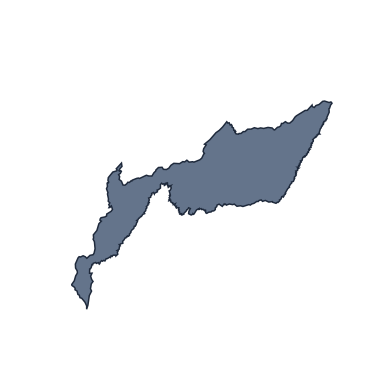 Muak Lek, Lop Buri, Thailand (Equal Earth projection), rotated 39°
{"feature_id": "78962969B19510908422026", "entity_name": "Muak Lek", "entity_type": "district", "adm_level": 2, "iso_a3": "THA", "parent_name": "Thailand", "parent_adm1": "Lop Buri", "projection": "equal_earth", "projection_center": [101.32, 14.773], "detail": "fine", "context": "isolated", "style": "filled", "palette": "slate", "viewbox_px": 384, "rotation_deg": 39, "n_neighbors": 0, "source": "geoboundaries", "source_scale": "gbopen_adm2", "svg_char_len": 6081}
<svg xmlns="http://www.w3.org/2000/svg" viewBox="0 0 384 384"><g transform="rotate(39 192 192)"><path d="M183.9,349.4L182.3,345.4L177.4,337.2L176.3,332.2L174.0,331.1L171.5,326.7L171.4,323.8L169.0,323.1L166.2,321.2L165.4,318.0L163.5,319.6L160.9,316.2L161.4,315.7L161.1,313.9L159.9,311.4L160.6,311.1L160.1,309.6L161.5,307.4L162.6,307.7L163.7,305.8L165.3,306.4L165.4,305.6L164.8,304.2L165.0,302.2L166.0,302.1L166.5,300.6L167.7,300.4L167.3,297.8L168.1,297.1L169.1,294.3L169.9,294.2L169.3,292.5L170.5,292.2L170.3,291.3L170.8,290.4L172.7,289.0L173.1,289.5L173.5,287.1L172.0,285.9L171.7,284.4L170.6,284.7L171.4,282.5L169.8,279.7L170.1,279.0L169.0,278.7L169.4,278.5L169.0,277.8L169.3,277.0L170.5,275.4L169.1,273.9L169.3,272.0L168.9,269.8L169.5,269.3L169.3,267.7L169.9,267.4L169.6,266.7L170.5,266.3L170.6,264.8L169.8,264.1L170.0,261.9L169.4,261.5L169.2,259.1L169.7,257.1L168.7,254.9L169.4,254.4L169.2,252.8L168.3,250.7L168.3,249.5L167.8,248.7L167.0,248.8L167.5,247.7L167.1,246.0L167.5,245.4L167.6,243.2L168.1,242.9L167.8,240.4L168.8,238.6L167.6,238.1L167.8,235.7L166.8,234.1L166.9,232.7L165.7,232.0L166.1,230.1L165.4,229.2L165.8,228.5L164.9,228.0L165.4,227.1L164.1,226.5L163.9,225.1L162.1,224.0L163.2,222.2L162.5,221.0L162.5,219.3L161.5,218.5L162.4,216.6L164.0,217.3L163.7,216.5L165.0,213.6L163.7,212.4L164.4,211.5L165.0,208.8L162.8,206.1L162.9,204.3L164.2,204.4L165.0,203.2L166.4,204.3L166.7,203.4L166.1,201.7L166.8,200.7L167.2,201.5L167.6,200.9L168.2,202.0L169.2,201.8L169.1,202.3L170.6,203.3L170.8,201.5L171.6,200.2L171.6,201.7L172.5,201.3L173.4,202.0L174.0,204.5L173.5,205.5L176.7,207.7L176.6,208.3L177.2,208.5L176.8,209.0L177.6,209.3L177.9,210.9L179.0,211.2L179.0,212.3L179.3,212.1L179.6,213.2L180.5,211.8L181.9,213.1L183.8,212.5L184.1,213.2L184.9,213.0L185.4,213.6L186.4,211.6L186.8,213.2L188.2,213.5L188.8,212.9L189.4,214.2L190.2,214.2L190.8,213.0L191.8,212.5L192.5,214.0L193.2,213.9L193.4,215.1L194.6,215.1L195.0,216.2L196.1,216.0L196.4,216.7L197.4,215.5L197.7,216.4L198.6,216.3L199.5,214.4L199.1,214.3L199.5,210.0L199.1,209.1L199.6,208.2L199.3,206.4L201.1,205.9L201.8,209.1L203.0,211.0L205.8,210.4L206.5,209.0L206.3,208.3L207.1,208.5L207.4,207.9L206.8,203.1L207.6,201.1L208.1,201.2L208.1,200.3L208.7,200.7L209.5,199.2L210.7,199.5L211.4,198.5L213.5,198.6L213.4,197.9L214.0,197.6L215.7,199.5L216.9,199.3L217.7,197.2L219.4,195.5L219.6,194.1L220.8,193.0L221.2,191.1L220.1,189.6L220.4,187.8L219.7,186.4L220.7,184.4L224.6,184.1L224.5,181.1L225.2,181.3L225.7,180.3L226.9,180.6L228.6,177.8L231.5,176.3L232.5,174.8L235.9,174.8L238.3,172.2L240.7,171.2L244.1,166.0L245.6,165.4L245.9,163.8L247.3,161.8L248.3,158.5L249.4,157.8L249.5,156.3L250.8,154.6L252.7,154.9L254.3,152.4L258.0,151.5L260.5,148.9L261.1,149.2L264.4,147.9L264.7,146.3L265.4,146.0L265.7,143.5L265.0,143.1L265.6,141.5L264.7,139.1L265.1,138.4L266.1,138.5L266.1,137.6L265.5,136.4L265.9,135.2L265.6,134.1L265.1,134.2L264.3,129.1L264.7,127.0L264.2,126.9L263.6,124.3L263.8,122.2L263.1,121.6L264.1,119.9L263.2,116.9L262.9,117.1L262.1,115.7L262.5,114.1L262.3,113.2L261.8,113.3L261.3,111.9L261.0,112.4L260.1,111.3L260.5,110.5L260.2,110.8L260.1,110.1L259.7,110.1L260.5,108.9L259.7,107.9L260.0,106.5L259.3,107.1L259.1,106.4L258.6,106.4L258.9,106.2L258.6,105.3L259.1,105.5L259.0,103.9L258.3,103.8L258.7,102.9L257.9,102.5L258.2,102.0L257.5,100.8L258.0,100.1L256.8,99.5L257.3,98.9L256.7,98.5L257.6,98.6L257.6,98.0L256.4,95.6L256.8,93.6L257.3,94.1L257.7,93.3L257.4,92.8L257.8,91.2L257.1,90.5L257.6,90.0L256.9,88.4L257.5,88.0L256.9,87.6L256.9,85.8L256.3,85.5L256.5,85.1L256.0,85.3L255.8,83.9L256.5,82.5L255.4,81.6L255.7,80.7L254.8,80.0L254.8,78.7L254.1,78.9L254.4,76.5L253.7,75.4L252.9,75.3L253.3,71.3L253.7,71.6L253.9,70.9L253.7,69.0L253.4,68.9L253.9,68.1L253.6,67.6L254.8,66.5L253.7,66.3L251.9,62.0L252.0,60.8L251.3,59.3L251.7,58.7L251.1,57.6L251.6,56.9L251.3,56.1L250.6,56.1L250.2,54.3L250.8,54.0L250.6,53.2L251.1,52.5L250.6,51.5L250.9,51.5L250.7,49.9L249.9,49.2L248.4,43.7L246.0,41.0L246.2,40.3L245.0,37.2L245.0,35.0L244.1,34.6L243.3,34.6L242.2,36.2L237.8,37.9L236.5,39.3L235.7,44.0L233.9,46.8L233.8,49.4L231.7,49.9L230.6,48.9L230.2,56.0L228.6,57.4L225.2,67.0L224.9,69.0L225.3,73.2L224.6,77.0L223.0,78.3L220.3,78.6L219.5,81.6L218.4,82.4L219.3,84.8L218.8,86.5L217.7,87.9L217.2,91.7L216.4,92.1L214.0,91.8L210.4,94.0L207.7,97.5L205.0,99.0L203.3,101.3L200.0,102.8L198.4,105.9L195.7,108.2L195.2,111.7L193.8,112.8L193.3,115.6L191.7,117.0L191.7,117.8L189.7,119.1L188.0,118.6L187.9,117.4L187.4,117.3L187.1,118.0L186.3,117.1L185.6,117.7L183.8,116.1L182.2,116.4L181.8,115.5L180.2,114.8L179.6,115.9L177.3,114.8L176.5,115.9L174.8,115.5L174.9,122.2L174.4,127.0L173.3,130.8L173.0,140.1L171.6,147.0L173.4,146.5L173.8,151.0L175.1,153.5L177.4,154.3L177.2,155.0L178.3,159.6L177.8,162.1L174.7,167.6L173.5,168.0L171.0,170.6L168.0,170.5L167.4,173.2L165.7,174.2L164.5,177.8L159.8,181.2L158.8,184.5L159.0,188.1L158.0,190.6L155.5,192.4L153.2,191.6L150.5,194.1L150.1,197.6L150.6,198.6L150.3,201.0L150.8,204.8L148.3,206.8L146.0,207.7L142.7,214.5L141.7,214.8L140.6,216.0L138.1,220.4L138.3,221.3L137.6,221.7L137.3,224.0L136.0,224.8L136.1,226.7L135.6,228.9L134.0,230.0L130.3,228.0L127.5,228.1L126.0,225.5L124.0,224.7L124.6,222.6L124.1,220.4L123.2,220.3L122.4,221.5L121.8,221.4L121.3,219.1L121.5,216.2L119.0,213.9L118.5,221.6L119.9,222.0L120.2,222.9L117.9,226.3L117.9,233.5L119.3,235.8L121.0,236.7L121.2,237.6L120.5,237.9L120.5,238.6L122.8,240.9L123.5,243.3L127.1,245.4L127.5,246.7L131.4,249.9L132.7,251.9L135.0,252.2L135.3,254.3L136.9,254.7L137.3,256.4L137.9,255.8L138.2,253.6L141.2,255.6L141.3,257.9L139.6,262.8L140.7,264.4L140.0,266.2L137.5,269.2L137.6,270.8L138.3,271.9L139.9,271.7L139.6,275.2L142.3,281.8L142.3,287.4L144.5,289.7L144.8,290.9L147.4,292.0L152.4,297.1L154.4,301.2L154.6,303.0L152.6,305.4L152.0,309.7L149.8,309.5L147.5,310.1L146.3,312.6L145.0,313.3L144.9,314.9L146.7,321.4L149.4,324.4L152.4,325.5L153.9,327.1L154.4,330.4L156.4,335.1L156.7,339.5L157.5,340.2L160.4,340.0L161.8,340.4L162.6,341.6L165.0,341.3L167.8,343.4L169.3,343.1L171.4,344.6L173.2,344.0L178.2,345.0L181.8,346.8L183.9,349.4Z" fill="#64748b" stroke="#1e293b" stroke-width="1.5"/></g></svg>